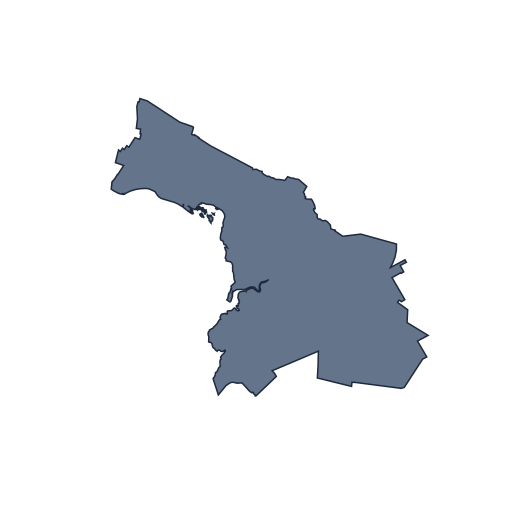 Brighton, Tasmania, Australia, rotated 51°
{"feature_id": "25037944B48970679767962", "entity_name": "Brighton", "entity_type": "district", "adm_level": 2, "iso_a3": "AUS", "parent_name": "Australia", "parent_adm1": "Tasmania", "projection": "natural_earth1", "projection_center": [147.219, -42.727], "detail": "fine", "context": "isolated", "style": "filled", "palette": "slate", "viewbox_px": 512, "rotation_deg": 51, "n_neighbors": 0, "source": "geoboundaries", "source_scale": "gbopen_adm2", "svg_char_len": 6158}
<svg xmlns="http://www.w3.org/2000/svg" viewBox="0 0 512 512"><g transform="rotate(51 256 256)"><path d="M441.9,186.8L423.7,184.0L426.0,172.2L402.8,180.5L393.2,171.9L381.1,175.2L380.4,172.6L383.1,171.7L383.6,167.8L358.4,163.9L360.1,154.1L360.8,154.1L361.3,151.2L354.1,149.9L355.5,143.1L352.7,142.6L349.6,158.8L347.6,154.3L344.4,148.7L339.9,143.3L335.1,139.3L304.9,160.8L295.3,176.1L286.2,178.9L285.8,178.1L282.2,180.8L278.7,178.7L274.1,179.0L272.1,179.7L270.5,182.2L267.4,183.0L266.6,184.2L265.8,184.4L264.5,184.1L262.3,182.4L259.5,182.9L256.0,182.1L255.6,181.4L256.5,180.7L256.3,180.1L253.1,178.4L247.7,177.2L246.3,177.4L245.9,178.7L245.4,178.8L243.1,181.3L241.8,181.4L241.5,180.2L240.2,180.4L237.9,179.2L236.3,179.1L233.9,172.8L223.7,174.6L222.6,175.2L220.8,177.1L219.1,177.9L217.8,179.4L214.3,181.5L215.4,186.0L211.3,189.6L209.1,192.3L206.4,193.3L204.3,195.0L202.2,195.7L201.8,196.1L201.6,196.9L197.9,198.5L195.1,198.9L194.2,198.0L192.6,199.4L188.8,201.1L186.8,204.0L185.3,203.3L141.8,222.0L128.2,226.4L128.0,225.8L123.1,227.5L123.4,228.0L120.9,229.5L116.9,223.8L116.0,223.6L104.0,231.0L67.0,242.9L60.6,247.1L62.8,250.1L62.0,250.7L64.9,254.6L74.8,261.8L81.5,268.7L84.8,265.9L88.1,269.2L88.9,268.5L91.6,272.1L92.1,273.0L87.9,275.5L91.4,286.3L88.9,287.0L90.4,291.3L88.2,291.9L89.4,295.6L87.1,296.1L94.9,306.5L102.4,301.9L105.7,312.1L105.4,312.4L107.1,317.1L107.8,321.3L113.0,326.5L116.0,325.5L120.8,323.4L121.3,322.8L121.8,322.8L124.7,320.3L125.6,318.5L123.4,320.8L123.0,320.9L124.1,320.0L124.1,319.6L125.2,318.3L126.4,313.0L128.5,307.8L130.8,303.7L134.1,299.2L136.3,297.0L142.3,294.0L147.2,294.4L149.2,294.2L151.7,293.4L163.1,285.6L166.7,283.8L171.9,282.0L169.8,279.4L172.4,281.9L178.8,280.5L182.9,279.2L183.5,278.5L183.3,277.7L182.0,277.9L180.3,278.9L180.1,278.8L180.3,278.2L179.5,278.4L179.6,278.0L179.2,277.8L180.6,277.7L180.9,277.3L179.4,277.4L179.5,277.0L180.9,277.0L180.9,276.7L180.5,276.5L178.2,276.3L174.0,277.5L175.8,276.7L174.9,276.6L177.3,276.4L178.5,275.8L178.7,276.1L179.4,276.0L180.2,274.7L181.6,274.2L181.2,273.4L182.6,272.9L182.0,272.2L181.3,272.0L180.7,271.2L180.7,268.7L180.1,268.1L180.1,267.6L181.1,265.5L180.3,265.1L181.6,263.7L184.6,261.9L188.2,258.2L190.0,257.0L193.5,256.2L195.4,255.1L199.8,253.7L203.7,254.2L206.1,255.8L209.4,260.8L212.0,262.5L212.7,263.6L212.4,264.6L214.9,266.7L217.1,269.9L220.0,272.8L221.8,273.3L222.5,272.7L223.8,272.3L226.8,273.6L227.3,273.5L227.6,272.9L228.6,272.6L231.5,273.1L230.1,273.7L229.6,274.9L232.3,276.0L233.3,276.0L235.9,278.2L238.2,281.2L239.4,281.0L240.9,282.3L244.5,279.5L246.4,279.2L249.1,280.3L250.3,281.6L251.6,282.4L253.0,283.7L254.7,284.0L260.7,287.9L263.1,288.4L263.3,288.8L263.7,294.5L265.4,295.1L265.9,295.7L265.8,296.2L266.2,296.3L266.1,296.6L267.8,299.0L267.6,299.8L268.2,301.1L271.3,304.7L271.7,306.3L274.9,305.4L275.3,305.0L275.4,304.1L272.3,299.3L270.6,298.6L269.8,297.7L270.4,297.7L269.6,296.8L269.4,296.2L268.8,296.1L269.5,295.4L269.9,292.2L271.9,289.5L274.8,286.2L276.4,280.4L277.2,278.9L279.3,276.8L283.4,276.7L285.0,276.1L284.8,275.1L280.8,271.9L279.7,269.1L279.7,268.1L281.7,264.1L282.0,262.9L282.0,261.9L282.3,261.7L282.4,263.7L281.7,266.4L280.5,268.4L280.5,269.4L281.2,271.1L282.3,272.3L285.1,273.7L286.0,274.8L286.1,276.0L284.8,277.2L279.5,278.5L278.1,279.8L277.5,281.3L276.6,285.8L276.9,286.0L276.6,286.0L276.5,286.6L274.8,288.9L273.8,291.1L273.8,291.8L274.7,294.0L277.1,296.4L278.2,296.8L279.4,296.8L279.8,297.5L281.0,297.5L281.5,298.7L282.0,298.9L281.8,299.9L283.6,301.1L283.5,301.8L282.4,302.0L282.4,302.8L284.6,303.5L286.0,302.9L287.1,302.9L287.6,303.3L287.4,304.4L286.7,304.6L286.4,305.1L283.1,305.2L282.7,305.7L283.0,308.7L282.7,309.9L280.9,312.4L281.2,313.6L282.6,314.2L282.9,315.2L281.4,315.8L279.6,319.1L279.9,320.6L281.0,322.5L283.0,323.3L282.6,324.2L282.7,325.0L283.2,326.7L283.8,327.5L284.4,330.8L284.6,334.1L285.1,335.1L284.6,336.3L284.3,339.0L285.1,339.5L285.0,340.7L286.5,342.5L289.0,343.5L292.9,346.8L293.6,346.7L294.4,345.6L296.6,345.4L298.5,346.6L300.6,347.0L301.8,346.5L303.5,346.7L305.6,346.1L305.3,344.7L305.6,344.3L306.6,343.4L308.0,343.3L308.5,342.8L309.3,342.0L309.4,339.6L310.2,339.4L310.8,339.9L310.8,340.8L311.4,341.8L311.6,344.8L312.3,347.2L314.0,347.9L314.2,349.0L314.8,350.0L319.3,353.4L319.4,355.3L321.3,359.1L321.1,360.9L322.1,361.7L323.8,364.3L323.9,365.5L324.4,366.6L340.3,372.7L337.8,360.7L338.3,355.9L338.9,354.4L340.0,353.0L342.7,351.0L345.9,346.7L357.2,346.1L359.6,345.4L359.9,345.1L359.8,344.2L360.5,344.0L362.2,344.5L363.4,344.1L364.3,344.7L364.7,343.9L362.4,316.0L358.9,315.4L355.3,315.7L369.2,267.4L380.3,276.8L389.4,285.1L417.5,263.8L414.5,260.9L416.0,259.3L415.9,259.2L450.3,226.4L451.4,223.4L441.0,191.4L441.9,186.8ZM195.4,267.0L194.8,267.8L193.6,267.6L193.6,268.1L194.0,268.7L195.5,269.1L196.9,268.7L197.1,269.1L197.9,269.0L199.0,270.2L200.0,269.6L201.3,270.4L202.1,270.3L200.8,269.4L201.3,268.8L201.1,267.4L199.2,265.5L197.6,265.8L197.0,265.3L196.0,265.4L196.2,266.5L195.3,266.4L195.4,267.0ZM187.7,270.0L188.3,268.9L187.9,268.6L188.5,268.6L188.3,268.0L189.5,267.5L190.4,267.8L189.9,269.0L191.1,269.4L191.5,268.9L190.6,268.4L190.9,267.8L190.5,267.5L191.1,267.0L188.7,265.8L188.5,266.2L188.9,266.8L187.9,266.8L187.9,267.9L186.9,267.1L185.8,268.3L186.2,267.4L185.1,266.7L184.8,267.0L185.0,267.5L184.3,267.9L184.5,268.4L183.8,268.6L183.5,269.9L184.2,270.5L184.5,270.4L184.6,269.7L184.9,269.4L185.7,269.6L186.1,268.6L186.4,268.7L186.4,269.4L187.6,269.3L187.3,269.7L187.7,270.0ZM192.6,272.5L192.2,272.2L192.5,272.0L190.5,271.5L189.3,272.2L189.0,271.9L189.3,271.4L188.7,271.5L188.3,272.2L188.4,272.7L189.1,272.9L188.4,273.5L189.5,273.9L191.5,273.6L192.0,273.0L191.9,272.7L192.6,272.5ZM194.9,255.8L193.2,256.8L193.7,257.5L195.1,257.2L195.9,256.2L195.8,255.8L194.9,255.8ZM180.8,270.9L181.6,271.8L182.4,271.7L182.8,272.3L183.6,272.4L183.2,271.5L182.3,270.8L181.6,271.2L180.9,270.4L180.8,270.9ZM182.4,269.1L182.3,268.7L181.7,269.0L181.8,269.6L182.9,270.6L182.7,270.8L182.9,271.1L183.4,271.1L183.1,270.5L183.4,270.0L183.0,269.3L182.4,269.1ZM195.2,263.0L196.6,263.2L197.0,262.7L196.7,262.0L196.5,262.8L195.6,262.7L195.2,263.0ZM198.6,262.8L197.2,262.1L197.4,262.7L198.6,262.8Z" fill="#64748b" stroke="#1e293b" stroke-width="1.5"/></g></svg>